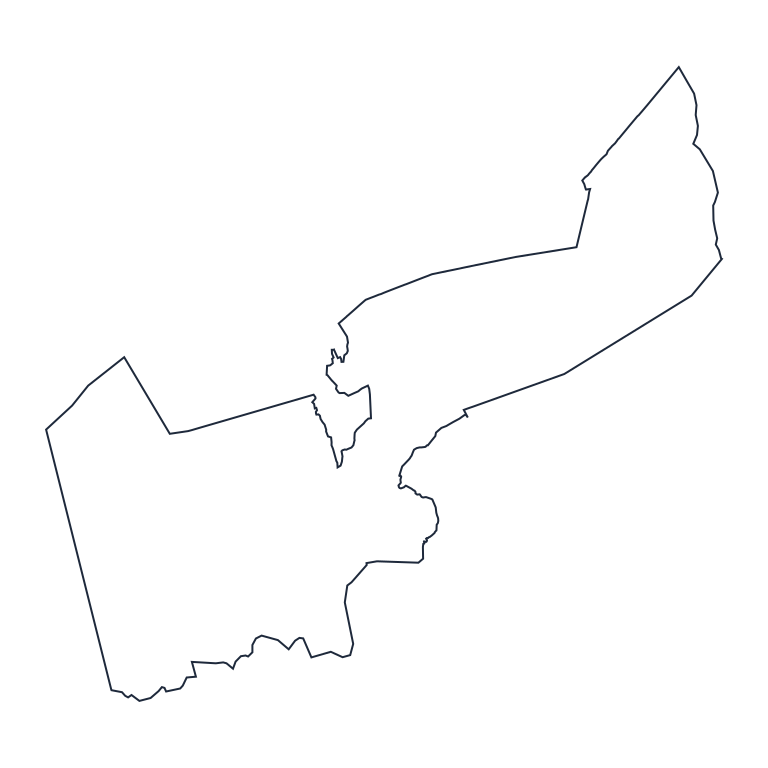 outline of Teotitlán de Flores Magón, Oaxaca, Mexico
{"feature_id": "50627088B97187962703105", "entity_name": "Teotitlán de Flores Magón", "entity_type": "district", "adm_level": 2, "iso_a3": "MEX", "parent_name": "Mexico", "parent_adm1": "Oaxaca", "projection": "natural_earth1", "projection_center": [-97.095, 18.119], "detail": "fine", "context": "isolated", "style": "outline", "palette": "slate", "viewbox_px": 768, "rotation_deg": 0, "n_neighbors": 0, "source": "geoboundaries", "source_scale": "gbopen_adm2", "svg_char_len": 4885}
<svg xmlns="http://www.w3.org/2000/svg" viewBox="0 0 768 768"><path d="M418.4,562.7L423.1,558.7L422.9,547.0L423.3,543.9L424.0,543.7L424.3,543.5L424.4,542.8L423.9,541.8L424.0,541.4L424.3,541.4L424.6,541.5L425.9,541.9L426.4,541.7L426.7,541.3L427.0,540.3L426.9,539.9L426.2,538.9L426.1,538.7L426.9,538.0L427.0,538.0L428.3,537.9L428.7,537.3L429.9,536.9L430.2,536.6L431.6,535.6L434.5,533.0L434.8,532.3L434.8,532.2L435.7,531.1L436.1,530.7L436.4,530.5L436.5,529.4L436.7,524.7L437.7,523.3L437.8,523.1L437.9,522.8L438.3,520.9L438.1,518.3L437.8,517.3L437.0,515.3L436.3,512.7L435.7,507.4L432.4,499.6L432.2,499.5L432.1,499.3L431.9,499.2L431.0,498.8L426.1,497.1L425.6,497.1L423.1,497.5L421.7,497.0L421.4,496.7L419.8,494.4L419.6,494.3L417.2,494.6L416.6,494.2L415.5,493.4L415.5,492.0L415.3,491.6L414.5,490.6L413.7,490.4L411.5,488.7L408.0,486.8L406.2,485.8L405.7,485.7L405.0,486.3L403.9,487.3L402.0,488.0L400.9,488.4L399.6,488.0L398.9,487.1L398.5,485.4L399.3,484.5L400.5,483.2L400.8,482.6L400.5,480.5L400.4,479.7L401.2,476.8L401.1,476.5L400.5,475.6L400.2,475.5L399.4,475.9L399.3,475.7L402.2,466.4L403.3,465.3L404.2,464.4L408.0,460.4L408.4,460.0L409.8,458.4L410.9,456.6L411.6,455.7L412.8,452.5L414.0,449.7L416.7,448.1L419.7,447.4L421.6,447.4L422.2,447.3L424.0,447.1L424.7,447.0L425.5,446.8L425.9,446.4L426.4,445.9L427.1,445.3L427.3,445.2L427.9,445.3L431.4,440.9L433.5,438.3L435.3,436.1L436.0,432.6L436.7,432.0L441.4,427.9L446.4,426.0L448.2,424.9L453.4,421.9L453.6,421.8L459.4,418.7L464.4,415.1L465.9,414.7L466.2,415.2L466.4,415.5L467.8,417.5L463.8,409.9L468.2,408.3L470.8,407.4L472.0,407.0L472.6,406.8L504.5,395.4L564.3,374.0L657.0,316.9L691.6,295.6L721.9,258.9L721.1,258.4L718.9,250.0L715.8,244.6L717.2,238.3L715.1,229.5L713.5,220.6L713.3,210.5L713.2,205.5L714.9,202.0L717.9,192.6L712.9,171.0L699.8,149.3L693.3,143.8L697.0,135.0L697.9,125.9L695.7,115.0L696.5,105.2L694.1,93.6L686.5,80.5L678.8,67.1L648.2,104.0L647.3,105.1L638.7,115.2L637.7,116.0L637.1,116.6L629.4,125.8L618.9,138.5L618.1,139.1L616.8,141.0L615.9,142.2L615.0,143.4L614.2,144.1L612.6,145.6L612.0,146.1L611.5,146.8L610.4,148.0L607.9,150.8L606.5,154.3L603.7,156.7L601.4,158.9L600.3,160.1L598.5,162.2L596.3,164.8L593.5,168.3L591.8,170.3L591.6,170.6L591.3,171.2L591.1,171.6L590.6,172.0L589.0,173.8L588.0,175.1L586.8,176.1L586.5,176.2L585.3,177.3L585.0,177.3L583.5,179.1L582.3,180.5L583.1,182.0L584.3,184.2L585.0,186.7L585.9,189.5L586.0,189.6L587.7,189.3L590.1,189.0L589.1,192.4L588.6,195.9L588.1,199.4L588.0,199.7L587.7,200.5L576.5,247.2L529.2,254.8L515.5,257.0L471.5,266.0L453.0,269.9L447.5,271.0L432.1,274.2L430.2,274.9L428.3,275.7L426.4,276.4L422.7,277.8L415.2,280.7L413.4,281.4L411.6,282.1L409.8,282.8L408.0,283.5L406.2,284.2L404.4,284.8L402.7,285.5L400.8,286.2L395.1,288.4L390.7,290.1L386.6,291.7L383.6,292.9L381.1,294.0L379.0,294.6L377.0,295.4L374.5,296.4L372.4,297.2L371.3,297.6L365.7,299.8L364.5,300.8L361.4,303.5L358.2,306.3L356.3,308.0L354.4,309.7L352.7,311.2L351.1,312.6L349.6,313.9L348.5,314.9L346.8,316.3L346.5,316.7L343.5,319.3L338.7,323.5L347.0,336.6L348.0,342.7L347.4,344.4L347.1,346.5L347.5,348.6L347.8,350.9L346.8,353.3L344.3,355.3L343.4,361.8L341.5,361.9L341.1,358.9L340.1,357.1L337.8,358.1L334.0,349.7L333.9,349.8L332.0,349.8L331.8,349.8L332.0,353.8L333.6,357.5L332.0,358.9L332.4,359.8L332.8,363.2L331.1,364.6L330.6,365.0L330.0,365.4L327.1,365.8L326.6,374.8L327.4,375.1L331.9,380.6L332.0,380.6L336.7,385.6L336.0,388.8L338.5,392.4L339.6,393.1L344.4,392.9L346.7,394.6L348.3,395.8L354.2,393.1L358.3,391.3L359.8,390.0L359.9,389.9L361.8,388.5L367.7,385.7L367.9,385.6L369.2,388.8L369.8,393.6L369.9,394.4L371.0,418.3L368.3,418.6L365.4,421.2L363.8,423.4L356.9,429.6L354.8,432.7L354.6,434.5L354.4,438.5L354.6,440.4L354.4,440.9L354.1,442.1L353.5,444.7L353.4,445.2L351.5,447.5L348.3,448.8L346.4,449.7L344.7,449.5L342.4,450.3L341.5,451.3L341.9,453.2L342.5,456.4L342.3,457.7L342.2,458.9L341.9,461.7L340.6,465.6L337.6,467.4L337.3,462.7L336.4,461.1L333.1,449.2L332.5,447.6L331.5,445.3L331.6,442.3L331.1,437.4L328.0,436.4L326.1,431.5L326.2,429.7L324.6,424.6L322.6,422.2L320.6,419.0L319.9,415.7L318.5,414.4L316.4,414.6L316.0,413.4L315.9,411.9L317.0,410.2L316.3,407.9L314.8,408.4L314.1,403.9L312.3,402.2L315.5,398.5L315.4,397.2L313.6,394.7L199.6,427.8L191.8,430.1L188.1,431.1L169.8,433.8L124.2,357.2L88.2,385.6L72.1,405.6L46.1,429.6L111.1,689.0L111.5,690.2L122.0,692.2L125.2,695.8L128.1,697.4L131.5,695.0L139.4,700.9L150.6,698.0L158.6,691.1L161.9,687.1L164.5,687.9L166.1,691.5L180.2,688.5L182.8,685.6L186.7,677.5L195.9,676.7L191.9,661.9L215.8,663.3L223.2,662.4L226.5,663.3L233.0,668.7L235.6,661.6L240.9,656.2L245.6,655.5L248.1,656.5L252.4,652.3L252.4,645.0L255.9,638.5L261.6,635.6L277.9,640.1L288.7,649.3L295.1,640.7L299.4,637.9L303.2,638.4L311.4,657.4L330.8,651.8L342.6,657.2L350.2,655.1L353.2,643.9L344.8,602.4L347.3,585.5L351.5,582.3L366.7,565.0L366.5,563.1L377.0,561.3L418.4,562.7Z" fill="none" stroke="#1e293b" stroke-width="2"/></svg>